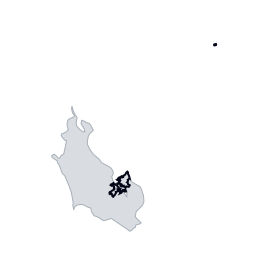 location of Puntarenas, Puntarenas, Costa Rica, rotated 192°
{"feature_id": "36466004B9758970649099", "entity_name": "Puntarenas", "entity_type": "district", "adm_level": 2, "iso_a3": "CRI", "parent_name": "Costa Rica", "parent_adm1": "Puntarenas", "projection": "natural_earth1", "projection_center": [-85.046, 7.918], "detail": "medium", "context": "in_parent", "style": "outline", "palette": "ink", "viewbox_px": 256, "rotation_deg": 192, "n_neighbors": 0, "source": "geoboundaries", "source_scale": "gbopen_adm2", "svg_char_len": 3365}
<svg xmlns="http://www.w3.org/2000/svg" viewBox="0 0 256 256"><g transform="rotate(192 128 128)"><path d="M196.9,84.5L196.8,85.2L196.2,85.8L195.5,86.5L194.5,87.0L192.1,85.6L189.7,84.0L188.4,84.7L187.9,86.8L187.1,87.9L186.0,88.3L185.5,89.0L185.4,96.1L185.5,102.8L187.3,102.9L190.3,105.2L191.6,106.6L192.0,107.9L191.6,108.5L189.4,109.9L187.3,111.8L186.2,114.1L188.1,117.8L188.5,120.3L188.5,122.9L187.9,124.2L183.8,127.2L182.9,128.3L183.0,129.1L185.3,131.1L186.4,133.2L187.3,135.6L187.4,137.7L185.4,133.8L182.5,130.1L180.0,127.7L179.8,122.4L178.8,119.4L175.0,116.7L171.8,114.9L169.4,115.2L170.9,118.3L174.7,122.3L174.9,123.8L174.9,125.9L172.3,125.6L170.0,124.7L167.2,124.5L165.3,123.3L161.4,118.5L164.2,114.5L165.1,111.8L165.0,106.3L164.3,103.6L161.3,99.6L156.5,95.1L149.7,91.5L146.5,88.5L138.6,86.3L135.6,84.8L133.3,82.0L132.9,80.0L133.8,77.0L131.6,73.1L122.1,65.5L116.9,62.6L115.8,61.0L114.9,60.5L115.7,65.8L118.0,68.9L124.0,71.9L125.7,73.6L126.4,75.9L122.9,80.2L121.1,81.3L120.6,83.6L119.4,84.3L118.2,83.0L113.4,76.2L103.9,73.0L102.2,71.0L98.7,64.9L97.1,59.2L97.7,55.5L101.6,49.6L102.8,47.1L102.5,45.5L102.7,43.2L101.2,41.6L97.6,39.5L95.4,37.8L96.0,37.0L100.1,34.7L100.3,32.7L100.3,32.0L101.0,31.9L101.6,31.3L102.0,30.7L103.1,28.8L104.1,27.7L105.2,27.5L106.6,28.3L111.7,30.4L117.5,32.8L125.7,36.1L129.1,34.0L132.0,32.4L134.0,32.6L138.4,34.5L141.1,35.1L142.7,34.9L145.5,37.7L147.0,39.8L147.3,41.2L148.1,42.0L150.3,42.1L155.7,43.6L159.0,43.3L162.0,41.8L163.6,40.0L164.1,37.1L164.9,38.5L165.8,40.7L166.1,43.6L170.0,53.1L173.1,58.4L179.9,68.1L182.8,69.9L187.7,77.6L189.4,78.9L190.4,81.2L195.5,83.1L196.9,84.5Z" fill="#d9dde1" stroke="#a8b0b8" stroke-width="1"/><path d="M120.0,70.7L118.0,68.9L117.8,70.2L117.3,70.6L115.4,70.5L114.8,70.9L114.4,72.4L116.3,73.1L116.9,74.4L117.6,74.7L117.1,75.3L117.0,76.6L117.4,77.3L117.0,77.5L116.3,79.2L115.9,79.0L116.9,81.2L118.4,83.1L118.7,84.6L119.6,85.2L120.3,84.2L121.1,81.7L123.0,80.0L122.4,79.5L122.5,79.0L123.1,78.5L124.3,79.2L124.4,78.3L125.1,78.0L125.2,77.0L127.1,75.6L125.5,75.6L125.0,75.3L125.8,74.8L124.8,73.8L125.1,73.1L125.5,73.0L125.3,72.2L124.2,71.6L122.7,71.7L121.4,70.4L120.4,70.3L120.0,70.7ZM129.2,58.2L128.2,57.6L127.9,57.9L127.7,59.2L127.1,59.6L126.3,61.8L126.7,62.9L125.8,63.2L125.0,64.0L125.4,65.6L123.6,64.6L122.0,62.8L122.1,62.5L121.7,62.8L122.1,63.9L120.9,63.6L120.5,64.7L122.1,64.9L122.8,65.9L124.0,66.6L124.2,67.1L123.8,67.2L124.5,67.4L126.5,69.3L129.0,70.2L127.4,70.4L129.8,70.3L130.7,70.6L130.9,71.0L132.3,69.5L133.0,69.2L133.2,68.5L131.9,68.1L131.9,68.7L131.5,68.6L130.9,69.2L129.5,67.9L129.2,66.0L128.7,66.0L128.6,65.4L129.1,64.4L130.0,64.0L131.4,62.3L132.5,61.6L132.7,61.0L132.3,59.9L131.9,60.3L131.4,60.0L131.1,60.7L130.2,60.4L129.2,58.2ZM119.8,65.7L118.0,65.1L116.8,65.5L117.5,66.7L118.2,67.0L119.9,66.5L120.1,66.1L119.3,66.2L119.8,65.7ZM60.6,226.7L59.2,227.4L59.1,227.8L59.5,228.5L61.1,227.6L61.0,226.9L60.6,226.7ZM120.3,69.9L121.3,70.3L121.7,70.2L121.1,69.8L120.3,69.9ZM126.1,71.3L125.6,71.2L125.9,71.4L125.3,71.5L125.4,71.8L126.1,71.9L126.1,71.3ZM122.6,69.7L123.3,70.1L124.2,70.2L123.2,69.7L122.6,69.7ZM122.3,69.4L121.3,69.3L122.4,69.7L122.3,69.4ZM127.0,74.8L126.5,74.8L126.3,75.3L126.8,75.2L127.0,74.8ZM126.1,77.5L126.1,77.9L126.4,77.7L126.1,77.5ZM127.4,75.8L127.1,75.8L127.2,76.1L127.4,75.8ZM128.0,75.7L127.7,75.8L128.3,75.8L128.0,75.7Z" fill="none" stroke="#020617" stroke-width="2"/></g></svg>